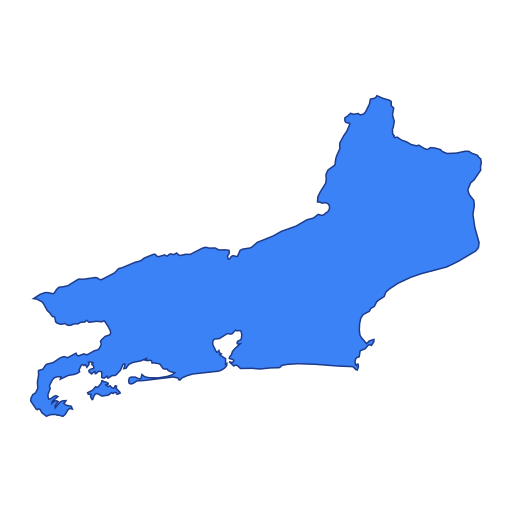 map outline of Rio de Janeiro (Albers equal-area conic projection)
{"feature_id": "BRA-627", "entity_name": "Rio de Janeiro", "entity_type": "State", "adm_level": 1, "iso_a3": "BRA", "parent_name": "Brazil", "parent_adm1": "", "projection": "albers", "projection_center": [-43.333, -22.065], "detail": "fine", "context": "isolated", "style": "filled", "palette": "blue", "viewbox_px": 512, "rotation_deg": 0, "n_neighbors": 0, "source": "natural_earth", "source_scale": "10m", "svg_char_len": 5976}
<svg xmlns="http://www.w3.org/2000/svg" viewBox="0 0 512 512"><path d="M480.7,158.9L481.3,162.6L480.5,166.6L480.7,170.2L474.2,179.7L470.5,183.1L467.8,189.8L469.2,194.5L473.8,200.4L474.3,205.9L472.9,214.3L474.8,227.3L479.1,242.8L478.4,247.7L475.7,251.0L458.7,261.1L446.9,266.9L421.2,273.7L410.8,277.3L397.9,283.3L389.2,289.1L385.8,292.2L384.2,296.5L378.4,300.3L376.6,301.9L374.4,306.3L370.7,308.5L369.4,311.2L363.1,314.6L360.8,318.2L359.6,323.7L359.3,329.8L359.9,335.0L361.0,337.1L366.5,343.6L369.2,341.0L373.9,339.4L373.9,341.6L371.5,345.4L369.3,344.7L367.9,345.5L365.2,348.7L360.1,350.8L359.2,356.8L356.6,357.6L355.7,358.9L355.0,361.4L355.3,364.1L356.2,365.4L357.2,364.1L358.0,364.1L358.4,365.9L358.3,367.3L357.2,370.1L355.6,369.4L353.5,367.1L352.1,366.6L338.8,366.1L315.7,364.3L297.8,363.7L287.2,364.4L282.1,365.3L280.0,367.3L279.0,367.7L270.6,367.9L259.9,369.0L251.9,368.3L240.5,368.5L237.7,365.9L235.7,364.9L233.8,366.0L229.2,361.7L232.3,362.6L233.6,361.4L233.7,360.3L232.8,359.5L229.3,358.5L229.6,357.1L231.5,354.4L232.5,351.4L234.9,348.6L240.2,343.8L238.1,344.1L237.2,343.6L237.1,342.6L237.7,341.2L240.2,340.1L241.3,338.8L241.8,334.9L241.0,331.0L239.5,330.6L236.7,330.8L235.5,330.1L232.3,333.6L231.0,334.1L228.0,333.6L226.8,333.9L219.3,338.6L214.8,339.0L213.2,340.2L212.6,342.8L213.1,345.4L216.6,352.3L217.3,352.3L218.9,350.5L219.4,352.7L221.3,353.9L219.7,354.8L225.6,358.7L225.5,364.2L226.8,363.4L226.7,365.6L224.6,368.0L221.6,370.0L218.9,371.1L192.8,374.0L187.3,375.6L182.0,377.9L179.9,380.1L179.2,380.0L177.7,377.9L173.0,377.0L144.2,380.5L137.0,380.9L133.1,383.4L130.9,384.0L129.1,383.2L128.6,380.6L129.4,378.0L131.0,377.1L135.3,377.1L139.1,378.9L140.4,378.7L141.0,378.1L141.9,374.5L144.6,376.7L148.8,377.7L158.1,377.9L167.4,376.4L172.4,374.7L174.9,372.7L170.1,371.6L168.0,370.3L167.1,369.0L165.3,369.1L163.1,368.6L160.0,364.2L158.3,363.6L153.2,362.8L152.1,363.1L151.4,360.6L149.6,360.3L147.4,360.7L145.0,360.1L146.7,359.2L146.6,358.4L140.7,360.9L133.3,362.3L128.9,364.3L126.0,368.3L123.8,368.7L125.0,364.9L124.6,363.9L123.0,364.4L120.4,370.3L116.3,374.7L114.9,375.5L112.1,375.6L108.2,378.1L107.7,378.0L107.0,376.2L104.3,378.1L102.4,377.9L101.7,377.3L101.8,372.0L100.8,371.5L98.4,371.4L96.3,373.4L95.3,373.7L94.8,371.5L93.2,372.4L91.7,374.0L89.1,372.0L88.9,370.4L90.4,369.3L93.8,368.3L93.8,367.2L93.2,365.5L91.9,364.6L91.8,364.0L93.1,362.9L91.0,362.0L88.4,362.1L89.2,364.0L86.9,367.3L85.4,364.6L83.8,365.5L82.3,364.4L81.0,365.7L79.1,369.9L79.6,371.8L77.1,373.4L73.8,374.5L68.3,375.4L60.3,379.2L61.0,376.8L57.3,376.7L54.5,377.7L52.4,379.8L49.4,385.8L50.2,388.3L48.1,394.2L47.9,395.7L48.6,399.1L50.8,398.7L53.4,396.7L55.8,395.6L57.9,396.6L52.6,401.0L51.9,403.3L54.6,401.0L56.4,400.7L58.2,401.6L55.5,405.0L55.0,406.2L55.2,407.8L59.5,402.7L60.9,401.5L62.9,400.8L66.0,400.6L65.1,402.1L63.7,403.2L65.8,405.1L71.3,406.3L72.4,409.1L69.8,408.4L67.8,410.0L65.3,414.3L63.0,416.3L61.0,415.9L59.2,415.0L57.5,415.3L55.7,414.5L52.6,414.5L49.2,415.0L46.5,416.3L41.9,412.8L39.8,409.1L38.5,408.9L37.5,409.7L36.3,409.3L30.7,401.0L31.0,398.1L32.8,394.6L35.5,392.9L37.8,388.4L37.4,382.0L38.6,375.2L38.4,371.0L38.7,370.4L42.8,369.3L45.4,365.4L46.9,364.1L53.2,362.6L59.3,358.4L62.3,357.0L64.3,356.6L67.6,357.7L76.0,353.2L77.1,355.4L78.3,355.9L83.8,353.9L87.0,354.8L94.3,350.8L98.0,349.7L99.3,348.4L101.0,345.0L101.2,343.5L100.5,341.6L100.9,340.5L105.1,336.4L109.7,334.9L110.7,332.9L110.2,330.5L107.9,326.1L104.5,321.0L104.0,320.8L101.8,321.8L96.5,321.3L89.1,322.3L86.5,320.3L84.8,322.0L80.2,322.4L78.3,323.8L73.7,323.9L71.6,325.0L69.1,325.4L67.2,325.1L65.5,323.6L60.6,324.3L57.1,323.1L55.7,321.9L54.8,317.6L54.3,316.9L52.3,316.4L49.7,312.8L47.3,310.6L43.7,304.0L42.0,301.8L36.7,299.1L33.5,298.6L40.0,294.4L45.0,292.6L47.8,292.6L52.9,293.7L54.1,293.2L56.7,289.3L59.0,287.2L63.5,286.7L67.8,285.7L78.0,279.4L79.5,279.0L82.8,279.3L95.5,277.5L97.5,278.0L99.4,279.5L101.4,279.7L114.7,272.8L118.3,268.9L119.2,268.4L121.6,267.9L135.3,262.2L139.4,261.2L141.2,260.4L144.3,258.0L153.8,254.2L155.3,254.4L156.9,256.2L158.5,256.7L164.6,254.9L167.1,256.2L169.6,254.1L171.2,253.9L173.6,254.7L176.6,253.0L178.7,255.0L180.2,255.5L185.4,254.3L190.2,254.4L201.9,248.4L204.8,247.4L206.6,247.4L209.0,248.1L215.2,248.0L219.0,250.0L225.2,249.8L228.9,250.3L229.3,251.3L229.1,253.5L227.4,256.2L228.4,259.2L229.8,258.8L231.2,256.7L232.5,255.8L233.9,255.8L236.6,256.6L237.5,256.3L240.1,250.4L242.7,249.1L250.0,248.0L251.9,247.0L257.4,242.3L272.9,236.1L281.4,231.3L295.8,226.2L307.1,219.7L313.4,218.1L318.1,214.4L321.5,215.3L322.8,215.3L324.0,214.6L326.3,212.5L327.7,212.0L329.5,208.7L329.5,206.2L328.4,204.1L326.1,202.7L321.9,203.1L319.8,202.1L317.5,202.0L317.8,197.0L320.1,192.2L325.7,183.2L326.2,179.8L326.0,174.4L327.6,170.7L328.4,169.7L334.9,165.1L335.8,158.6L336.6,156.0L339.9,148.5L339.6,145.5L340.0,142.5L344.0,135.3L346.7,131.5L349.6,124.6L349.7,123.3L346.6,122.7L345.5,122.1L344.8,120.4L344.9,117.8L347.7,116.0L350.5,113.3L353.6,114.3L358.2,113.5L359.6,114.6L360.9,114.9L363.9,113.8L365.5,112.0L369.4,104.2L370.4,99.1L374.5,98.3L375.9,97.3L376.9,95.7L383.1,98.4L389.4,100.2L391.2,101.5L391.3,105.8L393.7,108.0L392.5,114.9L394.3,121.5L393.2,127.4L392.4,129.2L392.7,134.2L394.2,135.7L394.0,137.2L394.3,137.5L397.3,137.2L401.9,140.3L406.1,141.6L411.1,144.5L416.4,145.8L418.9,145.2L423.9,148.3L426.5,149.3L428.0,149.3L430.4,147.6L434.8,148.0L440.6,149.6L442.2,151.5L447.1,153.5L456.4,153.1L464.8,151.3L468.8,151.3L471.9,153.3L477.3,155.2L479.1,157.7L480.7,158.9ZM116.1,388.3L119.8,392.1L120.2,393.0L117.3,394.3L116.7,394.0L116.1,392.5L114.1,392.5L113.0,393.5L111.4,392.6L109.4,394.5L107.9,395.2L102.0,396.1L98.0,393.9L96.1,393.6L95.1,394.3L94.0,395.9L92.7,399.5L92.1,399.6L90.5,396.8L91.0,394.4L88.3,394.3L87.6,392.7L92.6,390.2L95.6,386.7L97.1,387.4L98.6,386.4L101.2,383.3L101.9,380.7L102.6,380.6L103.5,381.6L105.7,382.0L108.2,383.3L108.2,384.1L105.9,385.0L108.2,386.6L110.0,385.7L111.8,387.6L113.4,388.3L114.1,387.9L115.3,385.7L116.6,386.2L116.1,388.3Z" fill="#3b82f6" stroke="#1e3a8a" stroke-width="1.5"/></svg>